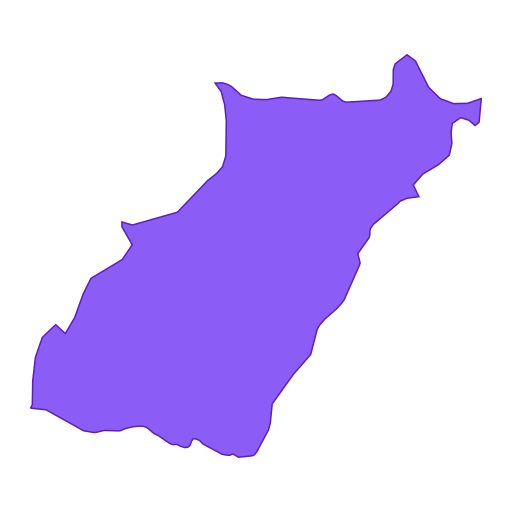 the border of North Lebanon
{"feature_id": "LBN-3023", "entity_name": "North Lebanon", "entity_type": "Province", "adm_level": 1, "iso_a3": "LBN", "parent_name": "Lebanon", "parent_adm1": "", "projection": "equal_earth", "projection_center": [36.058, 34.42], "detail": "fine", "context": "isolated", "style": "filled", "palette": "violet", "viewbox_px": 512, "rotation_deg": 0, "n_neighbors": 0, "source": "natural_earth", "source_scale": "10m", "svg_char_len": 1676}
<svg xmlns="http://www.w3.org/2000/svg" viewBox="0 0 512 512"><path d="M407.0,54.8L415.4,60.9L428.7,87.4L440.2,98.6L453.6,103.6L467.6,103.3L481.3,98.5L479.1,122.2L475.1,125.6L469.0,120.3L460.7,117.7L452.3,123.4L451.1,132.4L451.9,143.4L449.3,155.2L438.3,164.8L422.8,174.0L413.3,185.0L418.9,196.7L418.7,196.7L406.8,198.3L399.7,201.5L398.4,203.1L373.2,224.5L371.0,227.7L370.4,228.9L370.0,230.2L369.9,231.6L369.8,234.9L369.4,236.6L368.6,238.4L357.8,253.7L360.1,262.9L359.6,264.8L344.1,300.0L341.2,303.7L336.6,308.8L325.1,318.8L320.1,324.5L318.1,327.6L317.0,330.1L310.7,354.5L293.3,374.4L272.2,403.9L270.3,423.3L268.5,429.9L256.7,452.0L254.5,454.6L253.1,455.5L251.5,455.9L238.5,457.2L233.0,454.0L229.5,455.3L225.8,455.0L221.9,454.2L203.0,444.0L199.8,440.7L198.8,440.1L195.9,439.0L194.3,438.8L192.8,439.1L191.5,441.4L190.1,445.1L189.0,446.4L187.7,447.2L186.1,447.5L184.6,447.5L180.4,446.2L177.0,444.4L172.8,444.6L169.6,443.4L158.3,435.6L153.9,433.5L146.8,427.4L143.7,426.4L139.5,426.1L131.9,426.9L124.8,428.8L120.7,430.6L118.2,430.9L104.2,430.4L96.0,432.4L94.0,432.5L83.7,430.8L46.0,409.8L31.4,408.2L30.7,407.9L32.3,404.5L32.7,380.9L35.4,357.4L42.3,337.4L55.7,324.7L65.3,333.5L74.6,317.8L83.2,293.9L90.9,278.4L122.3,259.5L132.2,244.8L121.9,226.7L121.9,222.0L132.4,225.0L177.4,212.2L207.7,180.5L216.8,173.3L222.6,166.6L225.8,156.0L226.3,120.8L224.7,104.9L221.2,91.6L215.1,83.1L222.3,82.8L227.3,84.3L231.5,86.5L241.3,95.3L253.6,99.2L266.6,99.6L281.5,97.2L295.6,98.4L320.4,100.3L322.8,99.5L329.6,95.0L333.1,94.0L335.9,95.4L342.6,100.9L346.0,102.2L380.2,100.1L385.8,97.3L391.0,91.2L393.1,84.3L393.3,69.6L395.2,63.8L407.0,54.8Z" fill="#8b5cf6" stroke="#5b21b6" stroke-width="1.5"/></svg>